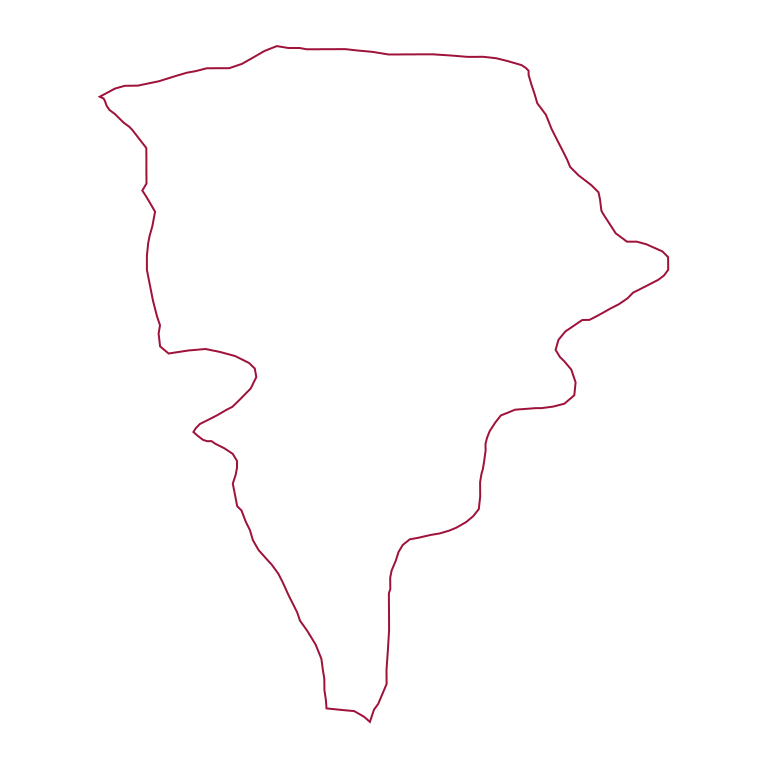 Owo, Ondo, Nigeria (orthographic projection)
{"feature_id": "59680162B88663407419721", "entity_name": "Owo", "entity_type": "district", "adm_level": 2, "iso_a3": "NGA", "parent_name": "Nigeria", "parent_adm1": "Ondo", "projection": "orthographic", "projection_center": [5.559, 7.096], "detail": "fine", "context": "isolated", "style": "outline", "palette": "rose", "viewbox_px": 768, "rotation_deg": 0, "n_neighbors": 0, "source": "geoboundaries", "source_scale": "gbopen_adm2", "svg_char_len": 2686}
<svg xmlns="http://www.w3.org/2000/svg" viewBox="0 0 768 768"><path d="M193.4,432.0L197.3,435.5L202.9,439.8L207.2,441.2L211.4,441.1L215.7,444.0L224.2,448.2L232.7,453.8L237.0,460.9L237.0,467.9L235.6,475.0L232.8,483.6L237.2,506.2L241.5,510.5L245.8,521.8L250.0,530.3L252.9,540.2L258.6,550.1L268.6,561.3L271.4,564.2L278.5,574.0L282.8,582.5L288.6,595.3L297.1,612.2L300.0,620.7L307.1,630.6L315.7,644.7L321.4,658.9L322.9,670.2L324.3,678.7L324.4,685.5L324.4,690.0L325.9,700.0L326.5,708.4L342.3,710.0L354.2,711.1L364.1,716.8L369.9,721.9L374.0,709.6L378.2,703.9L386.6,684.0L386.5,669.9L387.8,651.4L389.1,630.1L389.0,611.7L388.9,599.0L388.9,593.3L390.3,589.0L390.2,577.7L391.6,570.6L395.8,560.6L398.5,552.1L402.7,545.0L409.8,539.3L418.2,537.8L430.9,534.9L439.4,533.5L449.3,530.6L456.3,527.7L466.2,522.0L473.2,516.2L478.8,509.1L480.2,496.4L480.1,482.2L481.5,473.7L482.8,469.4L484.2,460.9L485.4,451.9L485.6,451.0L485.5,443.9L486.9,438.2L489.7,431.1L495.3,422.5L500.9,415.4L508.0,412.6L515.0,409.7L536.2,408.1L541.8,408.1L553.1,406.6L564.4,403.7L574.3,395.2L575.6,382.4L571.3,369.6L564.2,361.2L559.9,357.0L555.6,349.9L558.4,340.0L558.8,339.4L565.4,331.4L578.1,322.8L582.3,320.0L589.4,319.9L597.8,315.6L610.5,308.5L618.9,304.2L627.4,298.4L633.0,292.7L638.6,289.9L658.3,279.8L664.0,275.5L668.2,269.8L668.1,257.1L662.4,251.4L649.7,245.8L646.8,244.4L636.9,241.7L627.0,241.7L615.7,233.3L609.5,223.7L602.9,213.5L601.4,210.7L600.0,199.4L598.5,192.3L591.4,185.2L578.6,175.4L572.7,169.5L571.1,167.9L570.1,166.9L567.2,159.8L563.0,151.4L557.2,140.1L551.5,128.8L548.7,121.7L545.8,114.6L537.3,103.3L534.4,93.4L531.5,84.9L528.6,75.0L528.6,70.8L525.8,67.9L521.5,65.1L507.4,61.0L496.0,58.2L483.3,56.8L467.8,56.9L452.3,55.6L432.5,54.3L407.1,54.4L388.7,54.5L372.6,51.9L371.7,51.8L357.6,50.5L344.9,49.1L331.8,49.2L326.5,49.2L306.8,49.3L299.7,48.0L288.4,48.0L276.8,46.1L264.4,51.0L254.6,56.7L241.9,63.9L229.2,68.2L220.5,68.2L217.9,68.2L206.6,68.3L200.1,70.0L195.3,71.2L186.9,72.7L177.0,75.6L172.4,77.0L158.7,81.3L144.6,84.2L137.5,85.7L133.3,85.7L124.8,85.8L114.9,88.6L99.8,96.7L103.7,98.6L105.1,101.5L106.6,105.7L109.4,109.9L115.1,114.2L117.9,117.0L123.6,122.6L129.3,126.8L132.1,129.7L146.3,148.0L146.4,157.9L146.4,170.7L146.5,183.5L142.3,190.6L145.1,194.8L149.4,201.9L155.1,211.8L153.7,218.9L152.4,226.0L149.6,235.9L148.2,243.0L147.0,254.7L146.9,255.8L146.9,269.9L147.0,270.4L153.0,300.8L157.1,316.7L160.0,325.2L158.6,333.7L160.1,346.4L168.6,353.5L178.5,352.0L188.3,350.5L205.3,349.0L219.4,351.8L235.0,356.0L249.1,363.0L254.8,368.6L256.3,377.1L250.7,388.5L243.7,395.6L239.5,399.9L232.4,406.8L226.7,409.7L216.9,415.4L208.4,419.7L199.9,424.0L195.7,428.3L193.4,432.0Z" fill="none" stroke="#9f1239" stroke-width="2"/></svg>